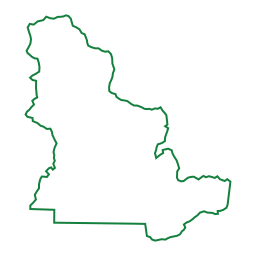 outline of Mariana Pimentel, Rio Grande do Sul, Brazil
{"feature_id": "56859067B12281818567155", "entity_name": "Mariana Pimentel", "entity_type": "district", "adm_level": 2, "iso_a3": "BRA", "parent_name": "Brazil", "parent_adm1": "Rio Grande do Sul", "projection": "orthographic", "projection_center": [-51.582, -30.296], "detail": "fine", "context": "isolated", "style": "outline", "palette": "green", "viewbox_px": 256, "rotation_deg": 0, "n_neighbors": 0, "source": "geoboundaries", "source_scale": "gbopen_adm2", "svg_char_len": 2488}
<svg xmlns="http://www.w3.org/2000/svg" viewBox="0 0 256 256"><path d="M32.8,121.1L35.0,122.0L37.4,123.0L40.5,125.7L43.6,126.7L46.7,128.9L50.4,128.7L52.0,132.1L52.5,135.1L54.3,139.0L56.6,143.4L54.5,147.9L53.5,152.1L54.3,155.0L53.9,158.1L54.8,160.7L53.3,163.8L54.9,167.9L52.8,169.6L51.1,167.4L48.7,168.4L46.1,171.3L48.9,174.3L46.9,177.0L44.3,176.7L41.8,176.5L40.2,179.4L39.0,184.2L39.0,188.3L36.9,191.3L34.8,194.9L35.9,199.5L33.0,202.9L30.3,205.5L30.3,209.0L54.3,209.8L54.2,222.7L87.4,223.1L103.1,223.3L135.2,223.7L145.2,223.9L146.9,236.0L150.1,237.1L152.1,239.6L155.3,240.6L158.1,240.0L161.7,239.2L165.4,239.6L167.6,238.3L170.8,237.0L174.5,236.3L177.3,235.7L180.0,234.3L181.9,231.3L183.8,229.9L185.3,227.5L183.9,224.5L186.4,222.6L189.6,221.3L191.9,219.7L194.8,217.2L197.4,215.4L200.0,212.6L204.1,211.3L207.4,212.6L212.5,212.9L215.1,214.1L217.9,213.8L217.7,211.0L220.1,210.9L223.2,209.9L226.5,207.7L227.6,204.7L230.4,181.7L227.3,179.2L224.7,181.0L219.9,179.2L217.4,176.3L214.8,177.9L209.1,176.2L205.9,177.2L203.4,175.9L198.5,179.4L193.8,176.7L190.9,176.9L188.0,177.7L183.5,181.1L180.9,181.3L178.1,180.1L177.0,177.6L177.2,171.5L179.2,168.3L177.6,163.2L176.6,160.4L174.0,156.3L172.6,153.6L171.6,150.2L168.1,148.7L162.7,150.0L163.1,153.1L160.2,154.8L156.2,158.0L155.0,153.1L156.1,150.1L156.7,146.9L157.9,144.3L161.8,143.1L164.9,141.1L165.1,137.3L167.2,131.4L168.2,128.2L165.2,126.2L167.4,124.6L167.0,120.4L166.3,115.0L164.7,113.0L162.6,110.6L160.5,107.3L157.8,108.8L155.1,108.4L151.7,109.7L149.6,108.8L147.0,109.1L144.5,108.8L141.5,107.2L137.5,105.6L134.0,105.5L131.1,103.9L127.2,101.0L124.1,100.4L121.4,100.1L119.0,98.7L116.4,96.8L115.5,94.1L111.9,93.1L109.3,91.1L109.1,87.1L109.8,83.1L111.0,80.7L112.4,77.1L112.9,73.3L114.4,69.4L112.4,63.7L112.2,58.3L111.0,54.1L108.3,51.3L105.1,51.7L101.9,50.7L98.5,48.3L95.1,48.3L91.4,47.2L88.2,45.6L87.3,43.1L87.0,40.5L85.6,36.7L84.6,34.2L81.7,33.1L79.5,29.4L76.3,27.3L72.8,25.8L70.7,18.5L68.2,15.9L65.7,15.4L63.2,16.5L60.7,16.8L57.6,16.9L54.1,18.7L50.1,18.2L46.3,16.7L43.3,20.1L40.8,20.7L37.7,21.4L35.8,22.9L33.7,24.6L29.8,23.9L27.7,27.4L29.1,32.3L30.2,35.3L31.0,39.1L30.4,43.7L28.4,47.6L26.6,50.7L27.6,53.1L29.6,54.7L31.9,56.8L34.5,58.3L37.5,58.7L38.8,62.8L39.5,67.3L39.2,71.6L36.0,73.7L32.2,75.7L30.1,77.7L32.5,80.0L36.1,80.8L36.1,84.5L36.0,88.1L36.4,91.4L36.6,94.9L37.2,97.5L34.6,98.8L32.3,100.8L34.0,104.6L31.4,107.1L29.4,109.7L26.9,111.8L25.6,114.5L27.4,116.8L30.0,117.4L32.5,118.0L32.8,121.1Z" fill="none" stroke="#15803d" stroke-width="2"/></svg>